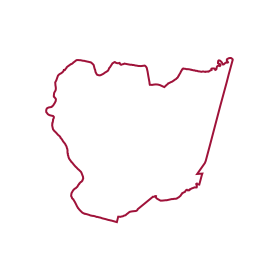 outline of Foundiougne, Fatick, Senegal, rotated 285°
{"feature_id": "50182788B85341589150678", "entity_name": "Foundiougne", "entity_type": "district", "adm_level": 2, "iso_a3": "SEN", "parent_name": "Senegal", "parent_adm1": "Fatick", "projection": "orthographic", "projection_center": [-16.407, 13.882], "detail": "fine", "context": "isolated", "style": "outline", "palette": "rose", "viewbox_px": 256, "rotation_deg": 285, "n_neighbors": 0, "source": "geoboundaries", "source_scale": "gbopen_adm2", "svg_char_len": 5745}
<svg xmlns="http://www.w3.org/2000/svg" viewBox="0 0 256 256"><g transform="rotate(285 128 128)"><path d="M34.2,141.6L39.8,141.5L40.2,143.2L40.2,143.6L40.8,144.6L41.4,145.9L42.3,146.8L43.1,148.2L44.7,149.2L45.1,149.6L46.8,150.8L47.0,151.0L47.4,151.3L48.1,152.6L48.6,153.7L49.1,155.0L49.3,155.5L49.7,156.7L50.3,157.7L51.3,158.3L52.1,158.4L68.1,169.9L68.1,170.4L68.6,171.5L68.8,171.8L69.3,171.9L69.4,172.7L68.5,172.8L68.1,173.0L67.6,173.6L67.2,174.5L66.3,178.1L66.3,178.4L66.7,179.8L68.1,183.4L68.2,184.0L70.7,188.7L71.1,190.1L71.5,190.7L71.9,192.1L72.2,192.9L72.6,193.5L72.9,193.6L73.7,194.4L74.0,194.8L76.2,196.3L77.6,196.7L78.2,197.0L78.9,197.4L79.1,197.3L80.9,199.3L81.0,199.5L82.6,200.0L83.1,200.3L83.6,200.9L83.2,201.8L83.4,202.2L83.5,203.0L83.8,203.3L84.0,203.1L84.2,203.3L84.7,203.5L85.0,204.0L86.2,205.3L86.7,206.1L87.9,207.7L88.1,208.8L88.2,209.3L88.4,209.7L89.1,209.7L89.6,209.5L90.0,209.4L91.5,208.4L92.1,208.9L91.8,209.2L91.7,209.6L91.8,211.5L101.7,211.5L103.2,211.6L101.5,206.7L114.0,211.3L116.3,211.6L132.6,211.6L173.3,211.4L197.7,211.5L205.8,211.4L221.0,211.5L221.2,211.3L221.5,211.2L222.2,209.8L222.2,209.0L221.7,207.6L220.5,206.2L219.9,205.8L219.5,205.8L219.0,205.9L218.4,206.3L218.0,207.0L217.3,207.6L217.0,207.4L216.7,206.6L216.7,206.0L216.4,205.4L214.2,204.0L214.0,203.6L213.9,203.2L215.6,201.7L215.9,201.2L216.3,200.6L216.9,199.3L216.9,198.9L216.8,198.2L216.4,197.9L216.0,197.8L214.3,198.0L213.8,198.2L213.7,198.6L213.7,199.0L213.6,200.0L213.3,200.7L212.7,201.1L212.1,201.0L211.6,200.7L211.7,200.3L211.6,199.7L211.7,199.3L211.0,198.4L210.3,198.1L209.8,198.0L208.7,198.0L208.1,198.2L207.4,198.0L207.1,197.8L206.7,197.3L207.7,196.2L207.8,195.8L207.2,193.7L206.9,193.3L206.5,193.2L205.7,193.6L205.6,193.4L205.3,193.2L205.0,192.9L204.2,191.8L203.9,191.7L203.4,191.4L203.2,191.0L203.1,190.4L203.1,190.0L202.8,189.5L202.6,188.5L202.2,188.2L202.1,186.7L202.1,186.3L202.0,185.7L201.6,185.0L201.4,184.7L201.3,184.3L201.2,183.2L201.2,182.7L200.9,181.0L201.0,180.6L201.1,180.2L201.0,179.9L200.9,178.8L200.8,178.6L200.7,178.3L200.9,177.6L200.9,177.3L200.6,176.1L200.7,175.4L200.6,174.6L200.7,174.2L200.5,173.9L200.6,173.2L200.6,172.9L200.5,171.7L200.3,170.3L200.0,169.8L200.0,167.9L199.7,166.4L199.8,166.0L199.7,165.8L199.1,165.4L198.7,165.2L198.5,165.3L198.3,165.1L197.9,165.0L197.3,164.8L196.6,164.7L196.3,164.5L195.3,164.4L194.4,164.2L193.1,163.8L192.6,163.7L192.2,163.5L191.8,163.6L190.8,163.1L189.8,163.0L189.4,162.8L189.1,162.6L189.0,162.4L187.8,161.8L186.4,160.4L186.1,160.3L185.0,159.3L184.7,159.1L184.0,158.4L183.3,157.4L182.4,156.5L181.4,155.2L181.1,155.2L180.6,154.9L179.7,154.2L176.9,152.5L177.7,147.8L177.7,145.7L177.3,143.5L176.9,142.6L176.8,142.0L176.4,141.3L175.9,140.2L175.4,137.9L176.3,137.4L177.7,136.9L183.4,134.2L187.6,132.3L191.0,130.5L191.9,129.5L192.5,128.4L192.6,127.9L192.4,127.5L191.2,124.6L190.6,122.0L190.5,120.2L190.3,119.1L190.3,117.0L190.0,116.0L190.1,115.3L189.7,113.7L189.4,109.8L189.4,109.0L189.2,108.4L189.3,107.9L188.4,106.8L188.1,106.1L187.3,105.0L187.4,104.4L187.6,103.9L188.1,103.6L188.7,103.0L188.0,101.8L187.8,100.7L187.8,99.7L188.3,98.2L188.0,97.7L187.3,97.2L186.5,96.3L181.8,94.8L181.0,94.3L180.4,94.2L179.7,94.2L178.1,93.8L177.9,93.5L176.9,92.8L175.9,91.7L174.0,90.2L173.0,89.1L172.2,88.2L171.6,87.3L171.4,86.6L171.4,84.5L172.0,83.7L173.6,82.2L176.0,81.0L176.4,80.5L177.2,80.1L177.8,79.7L178.5,79.4L178.9,79.1L179.3,78.9L179.9,78.6L180.7,77.4L181.0,76.8L181.3,76.3L181.5,75.7L181.8,75.1L181.7,73.6L181.7,72.3L181.6,71.4L181.6,70.1L181.5,69.6L181.6,68.8L181.5,68.0L181.3,67.1L181.2,64.6L181.0,63.9L180.8,62.6L180.4,61.1L180.0,60.5L178.1,59.1L177.7,58.8L177.2,58.3L176.5,58.0L175.5,57.2L175.1,56.9L174.9,56.3L174.3,55.8L173.4,55.2L173.0,54.7L172.5,54.4L172.1,54.0L171.4,53.5L170.8,53.1L170.1,53.0L168.4,52.2L167.8,52.1L167.5,51.8L167.4,51.0L166.7,51.0L165.9,50.8L165.1,50.4L163.7,49.4L162.6,48.2L161.6,47.4L160.4,46.8L155.4,46.4L153.2,45.9L150.1,47.0L149.6,47.3L148.8,47.6L148.1,47.9L147.0,48.2L145.5,48.3L143.8,47.8L142.6,47.6L139.9,48.0L139.4,48.3L138.9,48.8L138.8,48.7L137.9,50.2L137.2,50.9L135.3,51.2L132.5,50.6L131.9,50.3L130.7,50.0L129.9,49.6L129.2,49.0L128.6,48.8L127.9,47.4L127.5,46.4L126.4,44.9L125.2,44.4L124.4,44.4L123.5,44.5L122.6,44.8L122.1,45.0L121.5,45.9L120.6,47.0L120.1,48.7L120.1,49.6L120.1,50.5L120.2,52.5L119.7,53.3L119.4,53.6L118.2,53.7L117.6,53.6L116.9,53.4L116.3,53.5L115.8,53.7L115.1,53.7L114.1,53.8L113.7,53.6L113.1,53.8L112.4,53.7L111.7,54.0L111.1,54.0L109.4,54.8L108.9,55.1L107.5,55.8L106.3,57.2L105.2,59.2L104.4,60.5L103.5,61.8L103.1,62.5L102.5,63.9L102.0,64.6L101.7,65.0L101.1,65.3L100.8,65.9L99.6,67.5L99.1,67.9L98.1,69.0L97.7,69.6L96.3,71.5L95.7,71.9L95.2,72.5L94.2,73.4L92.6,74.3L92.2,74.7L90.4,75.5L89.7,75.6L89.0,75.8L88.6,76.0L88.1,76.1L87.7,76.6L87.0,76.7L86.2,77.0L85.9,77.4L84.4,78.1L84.0,78.5L83.4,78.8L82.9,79.3L82.6,79.8L82.1,80.2L81.9,80.6L80.4,82.3L80.3,82.8L78.8,84.8L77.9,86.1L76.9,87.6L76.7,88.2L75.9,89.4L75.2,90.6L75.0,91.2L74.4,92.2L73.6,93.7L73.0,94.4L71.8,95.3L69.2,97.2L68.8,97.3L68.0,97.7L67.4,97.8L66.9,97.6L66.3,97.7L65.8,97.5L65.1,97.5L64.7,97.2L64.0,96.9L63.5,96.3L62.6,95.8L61.4,95.4L61.4,95.2L60.5,95.0L59.8,94.6L58.5,94.4L58.1,94.2L57.9,94.1L57.2,93.6L56.3,93.1L55.7,92.4L55.2,92.0L53.5,91.1L50.4,90.3L48.0,90.6L47.4,90.8L46.5,91.7L45.9,92.0L45.2,92.9L45.0,93.6L44.5,94.0L42.7,95.9L39.9,98.4L39.5,98.7L38.5,99.7L38.2,100.1L37.8,100.3L37.6,100.8L36.7,101.9L36.1,102.9L35.4,104.0L35.2,104.5L34.6,105.4L34.3,106.3L33.9,108.2L34.1,108.4L34.0,109.6L34.1,110.0L34.0,113.0L33.8,114.3L33.9,115.4L33.9,116.2L34.1,117.0L34.2,118.8L34.0,120.7L34.2,121.4L34.2,122.3L34.2,123.1L34.3,124.4L34.2,125.8L34.1,126.3L34.1,126.8L34.2,129.9L34.1,132.9L34.2,133.6L34.2,135.0L34.3,136.0L34.2,141.6Z" fill="none" stroke="#9f1239" stroke-width="2"/></g></svg>